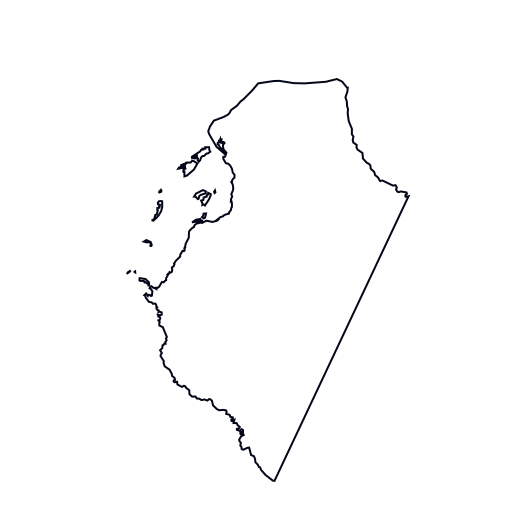 outline of Patagones, Buenos Aires, Argentina, rotated 206°
{"feature_id": "61730980B24175536898784", "entity_name": "Patagones", "entity_type": "district", "adm_level": 2, "iso_a3": "ARG", "parent_name": "Argentina", "parent_adm1": "Buenos Aires", "projection": "orthographic", "projection_center": [-62.373, -40.182], "detail": "fine", "context": "isolated", "style": "outline", "palette": "ink", "viewbox_px": 512, "rotation_deg": 206, "n_neighbors": 0, "source": "geoboundaries", "source_scale": "gbopen_adm2", "svg_char_len": 6143}
<svg xmlns="http://www.w3.org/2000/svg" viewBox="0 0 512 512"><g transform="rotate(206 256 256)"><path d="M140.8,62.0L145.1,376.6L147.3,374.9L147.9,375.1L148.4,376.3L147.6,378.1L148.7,379.1L154.1,377.5L155.6,376.0L157.1,375.8L159.3,377.1L159.4,379.2L161.6,380.8L163.9,379.3L175.2,379.3L177.5,377.8L180.8,380.1L184.4,380.9L186.6,383.4L191.1,384.7L192.6,387.1L194.1,388.2L197.8,388.5L202.6,390.5L205.5,395.3L211.3,396.1L213.2,397.5L214.2,400.0L218.2,400.6L219.9,402.6L220.8,406.1L223.2,407.4L225.5,412.3L231.8,417.9L236.2,424.5L237.7,428.4L239.6,430.3L241.9,434.4L245.2,437.9L245.9,443.8L247.3,447.4L247.7,447.1L255.0,450.5L260.9,450.5L269.6,443.2L287.9,432.5L297.9,427.9L311.9,423.6L316.8,421.0L328.6,412.9L329.7,412.1L332.0,403.1L335.9,391.6L337.7,387.9L338.9,382.9L342.4,376.2L342.5,372.8L343.2,370.7L346.1,366.7L353.2,359.2L354.1,352.3L353.6,347.2L351.5,345.0L339.3,336.8L328.3,333.9L328.6,335.9L336.2,337.9L338.1,339.5L339.3,339.5L340.0,340.8L339.3,342.5L339.8,343.6L339.2,344.5L339.3,345.4L338.7,344.6L338.8,345.7L338.1,345.8L338.1,344.5L338.6,343.7L337.8,342.8L338.1,342.2L336.2,342.7L336.2,343.9L334.5,344.2L333.8,343.7L334.4,341.7L333.8,340.1L331.9,337.6L327.9,335.9L327.4,332.5L327.6,331.3L328.8,330.8L328.0,329.0L323.8,326.2L321.2,326.8L318.6,325.8L315.9,323.9L313.4,320.7L310.9,319.6L309.7,316.9L310.4,315.4L310.6,313.2L310.1,312.2L310.6,311.6L308.4,310.2L306.1,306.9L305.5,304.8L305.3,300.8L303.5,299.0L303.4,296.1L302.4,293.8L301.8,294.2L300.5,292.4L299.1,289.4L299.3,288.4L298.7,286.2L299.3,283.2L298.9,282.4L302.5,278.9L303.1,277.2L305.0,275.4L306.8,271.7L305.9,271.9L306.2,271.0L309.9,267.6L316.0,266.0L318.5,262.7L319.1,262.9L319.2,262.0L320.6,261.6L323.8,258.9L324.8,256.5L324.4,254.9L325.4,253.7L326.8,249.8L326.8,248.4L324.4,242.8L324.6,236.1L323.9,234.1L323.8,232.0L323.4,232.1L323.4,230.9L322.6,229.9L323.0,228.7L324.2,228.5L324.4,227.5L324.6,223.6L323.9,222.3L326.0,216.4L326.3,213.2L325.7,212.9L325.5,210.8L326.6,208.8L325.1,206.6L324.9,205.2L324.3,205.7L325.5,203.6L326.6,203.6L326.4,202.8L327.1,201.8L326.7,201.4L327.5,200.3L326.8,199.7L327.1,196.9L326.2,194.8L327.0,193.8L327.4,191.9L329.2,191.4L329.6,185.8L331.3,183.2L331.0,182.6L331.6,182.6L331.6,183.8L334.1,182.4L336.8,183.0L337.6,181.8L337.5,180.4L336.3,180.4L333.6,178.8L332.2,174.7L332.9,174.0L334.5,174.5L335.7,173.9L335.7,172.7L338.3,174.2L339.2,171.8L338.3,171.8L336.8,170.2L332.0,167.8L329.6,168.6L327.7,167.9L326.0,169.0L324.6,168.7L323.3,166.9L322.3,166.6L322.7,165.6L321.7,164.5L319.7,164.4L319.1,162.8L318.4,163.7L316.0,163.9L315.0,161.9L315.8,161.0L318.5,160.1L317.1,158.7L315.6,158.8L314.8,158.1L314.5,156.4L315.5,155.4L313.5,154.3L313.4,152.9L312.3,151.1L308.6,151.2L300.6,144.1L300.7,142.4L299.4,141.0L299.8,138.8L298.8,137.5L300.0,136.9L300.1,135.4L300.8,134.9L299.9,131.9L300.9,129.3L298.1,127.5L298.3,125.2L297.9,124.2L292.8,121.1L292.1,119.2L289.7,116.8L283.8,115.9L280.0,113.1L278.8,111.4L275.8,110.8L274.5,109.1L275.3,108.3L275.1,107.2L273.9,106.8L271.8,108.3L270.3,106.1L265.1,105.9L264.0,107.7L262.8,107.9L260.7,106.8L257.2,106.1L255.2,102.6L251.7,101.6L248.8,103.2L246.7,102.0L244.3,102.9L241.9,102.6L239.5,104.4L236.3,104.8L235.5,106.7L234.2,107.2L232.2,106.6L229.1,102.9L223.9,101.2L221.3,101.3L217.9,103.4L215.2,104.1L214.3,103.4L213.5,101.0L211.1,101.6L209.7,101.5L208.6,100.2L206.1,100.8L205.6,100.0L206.5,98.1L205.8,97.1L204.8,97.2L203.6,99.2L202.9,96.0L200.2,97.3L198.3,95.9L195.6,95.2L195.8,93.6L197.4,92.2L197.0,91.4L193.9,91.7L193.2,94.0L191.5,93.9L190.6,92.3L192.7,91.0L192.4,89.6L191.3,89.2L189.9,90.7L188.6,89.7L190.4,87.2L190.6,83.6L190.0,82.6L187.7,81.4L187.0,78.7L185.7,78.3L184.2,76.2L182.5,76.3L179.7,79.8L178.2,80.8L173.2,75.0L170.0,75.1L167.8,73.1L166.2,70.4L163.0,69.3L160.9,67.6L159.6,67.8L157.6,65.9L151.2,63.3L142.5,61.5L140.8,62.0ZM357.3,300.4L355.2,296.2L353.4,297.9L349.7,306.4L349.2,313.5L353.9,314.0L355.3,313.2L355.7,311.4L358.7,309.8L359.7,307.5L359.8,305.4L360.7,303.3L359.9,302.8L358.8,303.5L359.6,304.8L359.4,305.6L358.0,303.8L357.2,304.3L359.0,302.1L358.4,300.0L357.5,299.5L357.4,300.7L356.7,300.8L357.3,300.4ZM353.3,318.9L351.0,318.3L350.3,316.4L348.7,315.7L348.2,317.5L348.5,320.9L347.7,322.5L346.5,323.2L345.4,326.3L344.1,327.3L342.8,329.7L344.3,330.8L345.9,333.2L349.4,331.4L348.6,330.3L350.9,329.1L350.2,328.6L351.9,327.2L352.0,325.6L356.4,318.3L355.5,318.3L353.3,320.6L352.9,320.1L353.3,318.9ZM364.3,254.1L363.4,249.8L364.5,248.8L363.7,244.6L364.9,242.8L364.6,242.5L363.6,242.9L362.1,247.0L361.3,249.8L360.9,254.6L361.7,258.7L364.2,263.9L364.8,264.1L367.1,262.8L367.6,261.0L366.8,259.5L364.8,259.9L364.8,258.0L364.2,258.1L364.1,257.0L365.7,255.9L364.9,254.1L364.3,254.1ZM326.6,279.2L326.5,278.4L325.5,279.4L324.0,279.0L323.1,286.3L323.3,290.7L323.8,291.8L326.7,291.8L326.0,290.3L326.9,289.2L326.4,287.7L328.7,285.7L327.9,283.4L329.6,281.8L326.6,279.2ZM336.2,282.8L333.3,281.6L332.7,282.3L333.3,285.1L332.3,286.8L328.7,290.3L329.5,292.1L332.5,292.0L337.3,285.8L337.7,282.2L336.2,282.8ZM340.2,183.3L339.7,182.5L339.3,183.0L340.6,185.3L345.2,186.9L350.9,185.1L350.2,183.1L349.3,182.8L345.9,184.4L344.7,183.5L344.4,184.1L340.2,183.3ZM356.1,218.5L354.5,219.1L354.5,220.2L356.8,222.4L361.5,222.3L363.1,219.8L360.2,220.3L357.8,221.9L355.3,220.5L355.2,219.4L356.1,218.5ZM319.5,272.3L321.7,271.1L321.1,268.8L321.6,267.2L319.5,266.9L318.6,268.0L319.5,272.3ZM322.3,264.8L325.8,262.4L328.2,258.2L324.2,261.2L323.7,262.3L321.8,264.1L322.3,264.8ZM357.0,316.9L356.2,315.8L355.0,316.9L354.5,316.6L352.9,317.5L356.1,318.0L357.0,316.9ZM361.6,306.6L363.2,304.7L362.6,304.1L361.7,304.3L361.8,305.4L361.1,304.3L360.5,304.9L361.6,306.6ZM370.5,273.8L371.2,271.4L370.7,270.0L370.6,271.3L369.6,271.7L369.5,273.1L370.5,273.8ZM319.1,264.5L320.8,263.8L322.3,260.8L319.6,262.9L319.8,263.8L319.1,264.5ZM320.8,294.4L320.4,295.4L321.6,296.9L321.8,295.2L320.8,294.4ZM363.0,302.6L363.9,302.0L364.1,300.4L361.9,302.1L363.0,302.6ZM321.7,263.8L323.5,262.2L324.0,261.1L322.3,262.2L321.7,263.8ZM360.4,307.7L360.9,306.6L360.3,305.3L360.0,305.6L360.4,307.7ZM362.3,188.0L363.9,185.5L364.3,183.3L362.5,187.0L362.3,188.0ZM358.3,188.5L357.9,188.2L357.3,188.2L357.9,189.2L358.3,188.5Z" fill="none" stroke="#020617" stroke-width="2"/></g></svg>